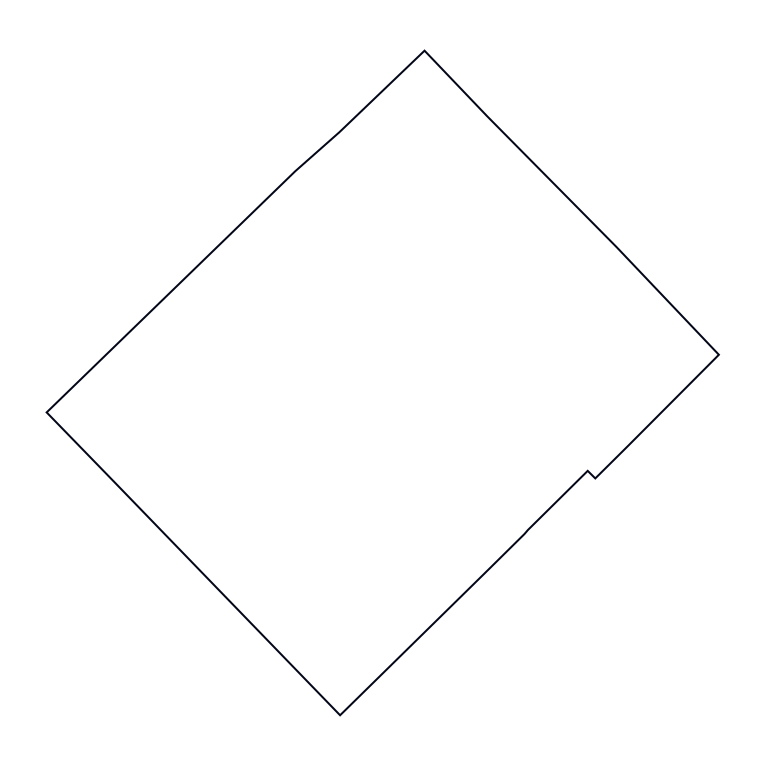 outline of Champaign, Illinois, United States of America, rotated 46°
{"feature_id": "52423323B49146676442539", "entity_name": "Champaign", "entity_type": "district", "adm_level": 2, "iso_a3": "USA", "parent_name": "United States of America", "parent_adm1": "Illinois", "projection": "natural_earth1", "projection_center": [-88.181, 40.14], "detail": "fine", "context": "isolated", "style": "outline", "palette": "ink", "viewbox_px": 768, "rotation_deg": 46, "n_neighbors": 0, "source": "geoboundaries", "source_scale": "gbopen_adm2", "svg_char_len": 369}
<svg xmlns="http://www.w3.org/2000/svg" viewBox="0 0 768 768"><g transform="rotate(46 384 384)"><path d="M171.9,241.0L169.3,300.0L169.5,381.6L170.1,646.4L260.9,646.1L591.8,645.7L590.1,440.5L589.5,387.1L589.0,381.9L588.0,297.8L598.7,297.6L598.1,253.3L595.6,122.8L447.2,121.6L263.0,123.8L172.4,123.3L171.9,241.0Z" fill="none" stroke="#020617" stroke-width="2"/></g></svg>